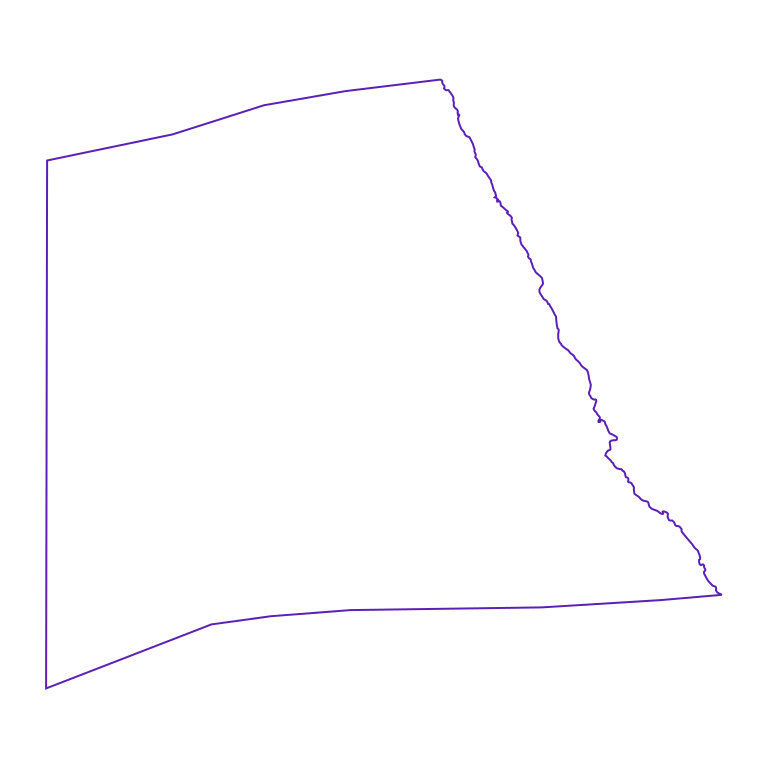 Marsa Alam, Al Bahr al Ahmar, Egypt (orthographic projection)
{"feature_id": "37247803B19297711577028", "entity_name": "Marsa Alam", "entity_type": "district", "adm_level": 2, "iso_a3": "EGY", "parent_name": "Egypt", "parent_adm1": "Al Bahr al Ahmar", "projection": "orthographic", "projection_center": [35.034, 24.707], "detail": "fine", "context": "isolated", "style": "outline", "palette": "violet", "viewbox_px": 768, "rotation_deg": 0, "n_neighbors": 0, "source": "geoboundaries", "source_scale": "gbopen_adm2", "svg_char_len": 4545}
<svg xmlns="http://www.w3.org/2000/svg" viewBox="0 0 768 768"><path d="M721.9,594.8L721.4,594.6L720.2,593.9L718.9,593.4L717.4,592.5L716.4,591.1L716.0,590.2L716.1,588.8L716.0,587.7L715.7,586.9L715.2,586.5L714.1,586.2L712.6,585.6L708.4,581.2L706.8,578.6L705.5,576.3L704.2,573.7L703.9,572.6L704.2,571.4L705.2,570.5L705.3,569.3L704.7,568.3L704.0,566.8L704.1,565.4L703.1,564.4L702.0,564.6L701.0,565.1L699.7,564.3L699.5,563.5L699.1,562.2L699.1,559.8L700.1,559.1L700.2,557.6L699.6,555.3L697.9,550.9L697.0,549.8L695.7,548.8L694.4,547.5L692.2,544.2L689.7,541.3L687.0,538.2L683.5,533.9L681.7,531.7L681.5,530.7L681.6,529.2L681.0,528.4L679.8,526.9L678.9,526.3L678.3,526.1L677.5,526.0L676.7,526.1L675.3,525.2L674.8,524.1L674.2,522.5L673.6,521.7L672.1,520.5L670.1,520.6L669.0,520.0L668.5,518.9L667.7,517.2L667.7,516.4L667.7,515.2L668.0,514.0L667.5,513.1L666.0,512.2L664.5,511.5L663.1,511.4L662.8,511.6L662.6,511.8L663.1,512.8L663.2,513.6L662.8,513.9L661.6,513.9L659.7,512.8L657.8,511.2L656.4,510.5L654.1,509.7L652.2,509.0L650.8,508.0L649.5,506.7L649.0,505.4L648.4,502.9L648.0,502.1L647.1,501.5L645.5,501.1L643.4,500.7L642.1,500.0L641.2,499.5L638.9,496.9L637.3,495.8L635.7,494.8L634.4,493.6L633.9,490.6L633.9,487.2L631.5,483.3L630.3,482.5L628.5,482.2L628.0,481.4L628.4,479.8L628.2,478.5L627.6,477.8L625.9,477.2L625.4,475.7L625.1,473.8L624.7,472.7L623.7,471.2L622.4,470.7L621.9,469.6L621.4,469.1L620.5,469.1L619.7,469.1L617.4,468.5L616.2,467.8L614.1,465.4L613.1,463.2L611.6,462.0L611.3,461.2L610.9,460.7L607.8,457.7L606.8,456.5L605.3,455.6L605.8,453.9L606.0,453.1L606.9,452.0L607.7,450.8L608.8,450.3L609.7,450.1L610.5,449.2L610.3,446.6L609.9,444.0L609.7,442.5L610.1,441.4L611.2,440.7L613.4,440.2L615.2,440.3L616.8,439.6L617.0,438.2L616.6,436.9L615.9,436.5L612.6,434.6L609.7,433.3L608.2,430.5L607.8,429.3L606.6,426.2L605.6,424.7L604.8,421.8L604.1,421.2L602.8,420.5L601.4,419.9L600.3,419.7L600.0,420.1L600.3,421.3L599.9,422.0L598.6,422.0L598.4,421.0L598.9,419.9L599.6,418.9L599.9,417.8L599.6,416.9L597.6,414.7L596.4,412.5L595.0,411.1L594.1,409.9L593.6,408.6L594.7,406.1L595.8,402.5L596.3,401.1L596.2,400.0L595.6,399.5L594.5,399.6L592.7,399.1L591.2,397.9L590.5,396.3L589.3,394.6L588.9,392.6L589.8,390.5L590.4,388.0L590.6,386.7L590.8,384.8L590.0,381.9L589.2,379.3L588.7,375.8L588.1,373.1L587.4,370.9L586.7,369.8L585.2,368.8L582.5,366.7L581.1,365.3L579.9,363.2L577.8,361.0L576.0,359.5L574.8,357.7L573.9,355.8L572.3,354.5L570.5,353.2L569.1,351.4L568.3,350.3L566.7,349.3L564.3,347.6L562.8,346.3L561.6,345.1L560.9,343.7L559.3,341.9L558.9,340.7L558.2,338.1L558.2,334.2L558.7,331.1L558.6,329.6L558.1,328.8L557.4,328.2L556.9,325.5L556.3,320.7L556.0,316.6L554.4,313.9L552.7,310.4L551.6,308.3L549.9,305.7L549.4,304.2L548.1,304.0L547.6,302.7L547.3,301.8L546.1,300.5L543.8,299.1L540.7,294.3L539.5,292.1L539.4,289.6L540.4,287.5L541.5,286.1L542.6,284.6L543.0,283.2L542.7,281.3L542.3,279.5L541.9,277.9L540.5,276.4L539.2,275.3L536.6,273.1L535.7,272.2L534.2,269.4L533.1,267.7L532.2,264.5L531.5,262.5L530.9,261.3L530.8,259.9L530.4,259.1L529.4,258.6L528.3,257.2L528.0,256.3L528.4,255.4L528.3,254.2L527.5,252.9L527.1,251.9L526.6,250.8L526.1,250.3L524.8,248.5L523.5,247.2L522.7,245.9L521.7,244.9L520.8,242.6L520.3,240.3L520.3,237.7L519.8,237.1L517.5,235.6L517.8,234.6L518.1,233.1L518.2,232.8L516.8,229.8L514.4,225.8L512.4,223.6L512.0,221.5L511.5,219.3L511.9,217.8L510.6,216.0L509.4,215.1L508.4,214.3L507.5,213.6L507.0,212.8L507.8,212.2L507.9,211.5L506.3,210.3L503.0,207.3L500.8,205.6L500.5,202.9L499.9,201.5L499.1,201.1L498.1,201.6L497.1,201.5L497.1,200.5L498.1,199.8L497.9,199.4L496.8,198.8L496.3,197.8L494.8,197.4L495.1,197.1L496.1,196.2L495.2,192.5L493.9,190.5L492.8,187.0L492.2,184.5L491.4,182.8L491.0,180.3L489.8,178.5L488.1,176.1L486.4,173.2L485.1,172.2L483.7,171.2L482.4,168.9L481.9,167.5L479.8,166.4L478.8,164.0L477.8,160.6L477.0,159.3L475.2,157.1L475.8,154.8L475.5,153.6L475.0,152.9L474.4,151.3L474.7,149.3L473.7,146.8L473.1,144.5L470.8,139.7L469.4,137.2L466.1,135.9L464.7,134.0L464.1,132.1L462.6,130.4L461.2,128.8L459.6,124.8L458.6,121.5L458.0,118.7L458.7,116.5L459.3,115.1L458.6,114.3L458.0,114.7L457.6,113.0L457.9,111.6L457.4,110.0L454.5,107.3L453.7,105.7L453.9,102.6L453.3,100.8L453.4,97.4L452.3,95.4L451.0,93.5L449.8,91.9L449.2,91.2L448.5,90.1L447.3,90.1L446.3,90.3L445.1,89.5L444.0,88.5L444.5,87.0L444.4,85.8L443.8,85.2L442.6,83.7L442.2,82.4L442.2,80.8L441.3,80.0L440.5,79.7L440.1,79.6L345.6,91.1L264.2,105.2L172.5,134.4L47.1,160.5L46.1,688.4L211.4,624.4L271.0,616.2L350.4,610.1L541.5,607.4L660.6,600.1L721.9,594.8Z" fill="none" stroke="#5b21b6" stroke-width="2"/></svg>